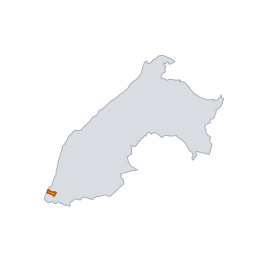 location of Jorge Basadre, Tacna, Peru, rotated 74°
{"feature_id": "86281439B54708928525670", "entity_name": "Jorge Basadre", "entity_type": "district", "adm_level": 2, "iso_a3": "PER", "parent_name": "Peru", "parent_adm1": "Tacna", "projection": "robinson", "projection_center": [-70.838, -17.585], "detail": "fine", "context": "in_parent", "style": "filled", "palette": "amber", "viewbox_px": 256, "rotation_deg": 74, "n_neighbors": 0, "source": "geoboundaries", "source_scale": "gbopen_adm2", "svg_char_len": 4862}
<svg xmlns="http://www.w3.org/2000/svg" viewBox="0 0 256 256"><g transform="rotate(74 128 128)"><path d="M176.6,74.0L176.5,74.7L175.7,75.0L175.0,74.5L173.9,74.7L172.4,73.0L168.6,73.3L166.9,75.2L164.4,75.6L161.6,76.5L158.5,76.9L153.6,80.0L152.5,81.2L150.3,83.0L148.5,83.6L147.6,89.2L145.8,92.5L145.2,94.3L146.1,96.9L146.1,98.3L145.1,99.3L144.3,99.5L142.6,100.6L140.1,103.1L139.7,105.0L140.5,107.5L140.2,107.7L138.2,108.2L138.2,109.6L137.8,110.2L139.5,112.1L140.5,112.6L140.6,113.1L140.4,113.6L140.0,113.9L140.0,114.3L141.3,115.8L142.2,118.8L144.0,120.2L144.0,121.2L144.5,122.1L145.5,122.8L147.7,125.8L147.7,127.2L145.5,130.4L149.2,130.4L153.4,131.4L154.0,132.0L154.5,133.4L154.6,134.3L155.4,135.1L155.3,136.8L160.8,136.9L164.4,136.4L170.1,131.1L171.0,130.7L170.5,131.8L170.5,132.7L170.8,133.6L170.1,134.9L170.1,147.8L171.1,147.1L172.5,148.3L173.4,148.4L176.6,146.9L180.2,147.2L188.8,164.1L188.0,165.2L188.1,166.1L187.0,166.8L186.0,168.2L185.9,174.9L185.0,176.9L185.5,178.0L186.0,180.1L186.8,181.4L187.0,182.2L186.9,182.6L185.7,183.3L185.6,184.5L183.5,186.9L183.1,188.5L182.3,189.1L182.1,190.9L184.1,193.9L182.8,195.6L181.7,198.3L183.6,203.8L184.4,204.6L185.2,204.6L186.5,205.0L187.2,205.9L185.6,206.9L185.4,207.4L185.5,209.2L183.8,210.6L181.5,214.1L180.9,214.2L179.7,215.3L179.5,215.8L179.7,216.3L180.7,217.3L180.8,218.6L179.1,220.2L178.0,220.3L177.5,220.8L178.0,222.9L178.0,223.9L177.7,225.0L176.8,226.2L174.4,227.5L172.2,227.8L168.4,224.6L167.2,223.2L163.5,220.5L162.9,217.7L161.6,216.3L159.3,215.3L157.5,213.8L156.1,213.1L152.7,209.9L149.6,208.9L143.8,205.5L140.7,204.4L136.7,201.2L134.5,200.4L132.8,198.9L127.5,195.8L126.7,194.8L125.9,193.2L124.7,192.3L123.4,190.2L121.5,188.9L119.6,187.3L117.3,182.9L116.2,181.8L116.1,179.8L115.3,178.9L116.4,178.2L117.1,175.1L116.8,173.5L114.1,169.3L113.6,167.6L111.6,164.3L110.9,162.4L109.3,161.0L108.7,159.8L107.8,159.2L107.7,157.8L107.1,154.9L106.3,153.5L103.2,150.8L102.8,147.9L102.1,145.9L97.8,137.8L95.2,129.9L93.1,125.6L92.3,123.1L92.2,121.7L90.6,119.4L89.8,117.3L86.2,113.2L84.2,108.7L83.9,107.3L82.5,104.8L80.2,101.6L79.1,100.3L72.4,96.3L69.2,93.8L68.8,92.6L69.0,91.8L69.6,91.1L70.6,91.7L71.2,91.5L71.7,90.6L71.7,89.2L71.1,87.5L68.9,84.1L69.4,82.6L67.2,78.7L67.7,74.9L68.2,73.9L71.5,70.1L72.4,68.5L73.8,67.4L75.2,65.9L76.9,64.7L77.4,65.1L77.9,67.2L77.9,68.5L78.3,70.1L77.2,71.4L75.9,71.2L75.4,71.5L75.2,72.1L75.4,73.2L75.7,73.6L76.7,73.7L75.4,75.7L75.5,76.1L76.4,76.4L77.3,75.9L78.2,74.8L78.7,74.6L82.0,76.6L83.6,76.3L84.7,77.3L84.9,78.7L86.5,81.5L89.0,82.2L89.4,82.0L89.9,80.9L90.5,80.7L90.6,79.2L92.7,77.5L93.0,76.4L92.7,75.6L92.8,74.9L94.0,71.2L94.4,70.9L94.8,69.7L95.3,69.0L96.0,64.8L96.6,64.8L97.1,65.8L97.8,65.6L97.4,64.6L97.5,64.3L99.9,61.0L100.6,60.3L112.0,55.7L117.7,51.0L122.6,44.5L124.2,37.9L124.8,38.3L125.7,38.2L125.4,35.5L125.6,34.2L125.6,33.8L124.0,32.2L123.4,30.5L122.0,29.5L122.1,29.1L123.5,29.5L124.8,29.3L126.0,28.2L126.8,28.3L128.6,29.8L130.0,30.0L130.5,31.0L131.8,31.8L133.7,34.1L134.6,36.6L134.5,37.1L135.4,38.4L137.2,39.0L139.1,40.8L141.0,41.4L141.8,43.1L142.4,43.6L142.6,44.5L142.3,45.7L142.6,46.2L144.0,47.2L145.2,47.3L145.5,47.7L146.2,50.5L145.7,51.9L145.9,52.6L147.5,53.3L148.0,53.9L149.2,54.0L151.0,53.4L153.2,54.3L154.9,54.0L155.7,53.7L156.5,53.1L157.2,53.1L158.9,51.4L159.4,51.3L161.2,52.0L162.8,53.2L164.7,53.0L165.5,52.3L166.9,51.8L169.5,53.3L170.0,54.0L170.7,54.1L173.4,55.6L173.9,56.2L175.3,56.8L175.6,57.2L175.5,57.8L169.2,69.0L171.2,69.9L173.0,69.4L173.9,70.1L174.6,71.9L176.1,73.2L176.6,74.0Z" fill="#d9dde1" stroke="#a8b0b8" stroke-width="1"/><path d="M170.7,215.2L170.7,215.3L170.4,215.4L170.2,215.4L169.9,215.4L169.8,215.5L169.7,215.5L169.6,215.8L169.5,216.0L169.4,216.0L169.4,216.3L169.3,216.5L169.2,216.6L169.1,216.8L169.1,217.0L169.0,217.3L169.2,217.5L169.0,217.8L168.9,217.9L168.8,218.0L168.7,218.0L168.5,218.3L168.4,218.4L168.3,218.5L168.2,218.7L168.1,218.8L167.9,219.0L167.8,219.3L167.7,219.4L167.7,219.5L167.6,219.8L167.6,220.0L167.5,220.3L167.5,220.5L167.4,220.6L167.2,220.6L166.9,220.5L166.7,220.5L166.5,220.8L166.4,220.8L166.2,220.8L165.9,220.9L165.9,221.0L165.7,221.1L165.7,221.3L165.6,221.5L165.5,221.8L165.3,222.0L165.5,222.2L165.7,222.3L165.7,222.5L165.8,222.5L166.0,222.6L166.3,222.7L166.5,222.7L166.8,222.8L167.0,223.0L167.3,223.2L167.4,223.3L167.5,223.3L167.5,223.5L167.8,223.7L168.0,223.5L168.1,223.4L168.1,223.2L168.3,223.0L168.3,222.9L168.5,222.8L168.5,222.7L168.6,222.4L168.8,222.3L168.8,222.2L169.0,221.9L169.2,221.7L169.5,221.5L169.5,221.4L169.6,221.2L169.7,220.9L169.8,220.8L169.9,220.7L170.0,220.6L170.2,220.4L170.3,220.3L170.4,220.2L170.7,219.8L171.3,219.2L171.6,218.9L171.8,218.8L171.9,218.7L172.0,218.6L172.0,218.4L172.3,218.3L172.4,218.1L172.5,218.1L172.8,218.1L172.7,217.9L172.5,217.7L172.4,217.7L172.3,217.4L172.6,217.3L172.7,217.2L172.0,216.7L171.9,216.7L171.8,216.4L170.7,215.2Z" fill="#f59e0b" stroke="#b45309" stroke-width="1.5"/></g></svg>